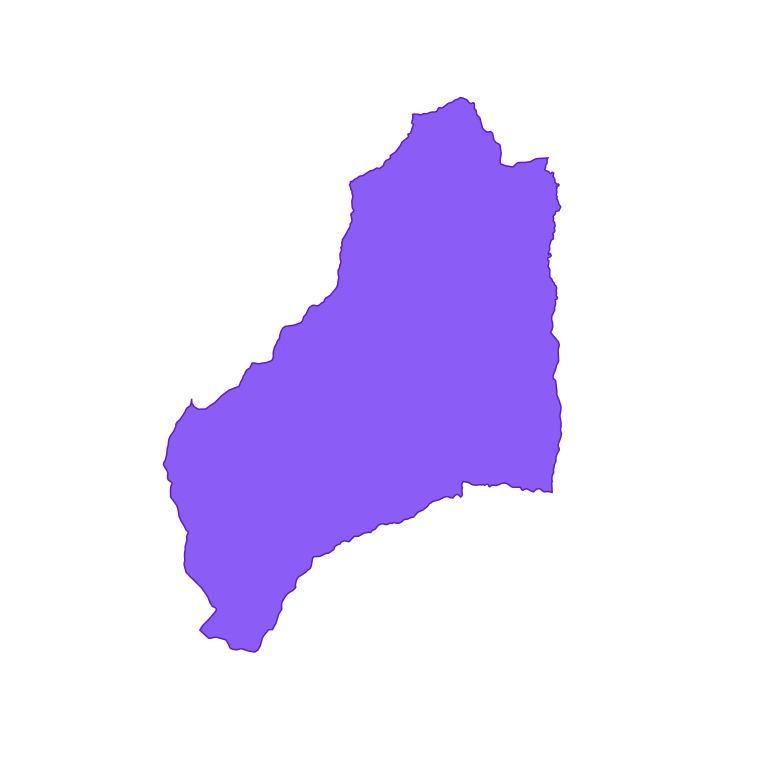 Cucutilla, Norte de Santander, Colombia (Natural Earth projection), rotated 16°
{"feature_id": "7082276B94948721354660", "entity_name": "Cucutilla", "entity_type": "district", "adm_level": 2, "iso_a3": "COL", "parent_name": "Colombia", "parent_adm1": "Norte de Santander", "projection": "natural_earth1", "projection_center": [-72.786, 7.499], "detail": "fine", "context": "isolated", "style": "filled", "palette": "violet", "viewbox_px": 768, "rotation_deg": 16, "n_neighbors": 0, "source": "geoboundaries", "source_scale": "gbopen_adm2", "svg_char_len": 6152}
<svg xmlns="http://www.w3.org/2000/svg" viewBox="0 0 768 768"><g transform="rotate(16 384 384)"><path d="M203.2,451.2L203.8,454.7L203.7,458.5L201.5,460.9L200.6,463.1L200.3,466.4L197.7,474.3L195.6,477.8L195.1,480.0L195.6,482.2L195.0,486.8L192.8,493.5L192.5,496.7L193.4,502.6L193.4,505.4L194.6,512.0L194.8,517.9L194.2,519.1L194.0,521.1L194.5,522.7L199.5,527.4L200.8,529.2L201.7,533.6L202.8,535.5L207.2,537.2L207.7,538.2L207.4,541.0L207.9,544.6L210.0,551.3L218.1,557.7L220.7,561.4L223.5,567.6L224.4,568.9L226.7,571.6L231.0,575.4L233.9,578.8L236.5,580.1L236.9,581.2L236.3,584.9L237.7,588.7L237.6,594.7L238.5,597.6L238.9,601.4L239.6,604.3L241.2,608.4L241.3,611.3L241.9,613.3L245.6,619.4L250.4,622.4L264.4,629.9L271.8,635.9L274.1,638.1L277.0,642.2L280.3,645.0L283.4,645.5L284.6,646.2L285.0,647.3L285.0,648.4L280.9,657.7L276.3,666.2L274.8,671.3L285.4,676.7L287.1,676.4L290.6,674.3L293.0,673.6L301.4,673.5L303.1,673.9L306.2,676.9L308.4,679.7L309.8,680.6L311.4,680.6L315.4,680.3L319.6,677.7L326.9,678.0L333.6,677.3L336.0,674.7L337.2,670.1L337.1,662.3L337.5,659.8L340.7,652.0L344.4,650.9L346.0,644.0L346.3,633.9L347.8,628.7L346.3,624.3L346.1,621.3L347.8,615.2L349.0,612.6L350.9,609.9L353.3,607.6L355.1,604.3L355.1,603.4L354.3,602.1L353.8,597.0L354.9,593.2L360.8,586.3L361.8,584.1L363.7,582.0L364.2,579.8L363.4,570.9L364.3,569.2L369.7,567.5L375.4,562.5L377.2,562.0L381.3,557.1L381.7,553.5L383.9,551.0L385.8,550.0L386.4,547.7L389.1,545.6L393.5,545.4L394.1,544.9L397.4,538.6L401.3,537.5L405.9,532.9L410.2,530.7L412.2,530.5L413.1,527.9L415.5,526.0L417.3,521.8L419.6,519.3L421.5,518.7L424.5,518.7L426.5,517.7L427.4,516.7L430.4,515.6L431.6,514.4L433.4,514.5L436.8,513.7L439.1,511.6L440.0,509.7L441.3,508.3L443.9,507.4L446.1,505.4L449.1,503.7L451.9,497.9L456.2,494.4L459.5,489.7L460.9,486.1L462.0,485.3L463.1,483.5L468.9,480.1L470.8,478.1L471.6,477.9L472.1,476.9L474.9,475.1L476.9,474.7L480.0,475.0L481.7,474.5L483.2,471.1L484.7,470.0L486.0,470.1L488.8,471.4L489.6,470.7L489.7,468.6L488.0,464.1L487.9,462.1L486.4,459.8L486.8,455.9L492.1,455.4L496.4,456.4L498.4,456.3L501.2,455.6L504.3,454.2L505.5,454.3L506.9,453.3L508.5,453.7L510.3,452.0L511.0,451.8L512.0,451.9L513.1,453.5L513.8,453.7L515.9,451.3L519.7,450.7L523.1,448.4L524.4,447.0L527.5,445.9L530.1,445.9L534.5,447.6L536.7,447.7L543.6,445.6L545.4,447.6L546.8,447.9L547.9,446.4L550.3,445.3L555.7,446.5L557.4,446.4L559.7,443.0L562.0,441.9L563.0,441.7L565.6,443.1L567.7,443.5L571.5,442.1L575.5,441.8L572.5,432.8L572.6,431.1L571.8,429.9L571.1,427.1L571.0,424.8L571.5,422.7L570.5,419.2L570.3,416.3L569.9,415.2L570.5,411.1L569.5,407.2L569.6,404.1L570.6,398.8L570.3,397.7L568.6,395.9L568.1,394.4L568.6,386.3L568.3,382.8L567.1,381.1L566.1,378.6L566.0,376.5L564.8,372.2L561.9,366.4L561.1,360.0L560.3,356.8L556.2,350.6L553.1,346.9L552.0,343.1L548.3,334.0L547.4,333.0L545.2,332.0L544.5,330.4L544.3,329.1L544.9,322.5L544.7,318.4L545.4,315.5L545.5,313.5L542.0,303.4L541.8,298.8L541.4,297.4L539.9,295.2L531.5,289.6L530.1,289.0L530.5,285.2L530.4,282.6L529.3,279.1L527.4,275.8L526.6,272.6L527.7,265.9L526.9,263.4L526.9,259.6L525.4,255.9L526.8,254.8L527.1,253.7L526.7,252.9L525.1,251.7L524.8,250.4L525.0,249.6L524.1,247.7L523.4,243.9L522.1,242.2L520.5,241.6L519.9,240.2L517.7,238.7L516.4,236.9L513.9,235.5L511.8,228.1L509.3,225.8L508.7,220.3L507.3,219.6L506.7,218.5L506.7,217.8L508.5,216.1L509.4,214.6L507.9,212.7L507.4,212.8L506.5,214.3L505.7,213.3L506.2,208.8L504.9,205.4L505.1,199.7L506.8,197.8L505.7,194.1L504.7,192.9L505.9,190.9L506.1,189.8L504.6,186.9L505.0,185.5L504.6,184.1L503.2,181.5L501.6,180.5L501.5,178.2L500.3,176.2L501.7,173.5L501.6,171.0L502.2,170.3L504.3,169.4L505.1,165.3L504.6,164.5L502.9,163.4L500.2,159.3L499.0,158.5L498.9,156.4L497.4,154.8L497.3,151.9L496.1,149.2L496.3,147.8L495.2,146.6L497.3,145.4L497.3,144.3L496.5,143.7L495.2,144.3L492.6,142.7L492.0,140.6L491.1,139.3L489.2,137.9L489.0,134.5L487.6,134.0L487.1,134.3L486.3,135.7L485.5,135.8L483.5,134.4L480.3,134.2L479.4,133.3L479.6,130.6L478.9,129.0L479.8,127.7L479.7,126.1L478.9,123.6L479.3,121.5L469.3,125.0L467.5,126.0L463.2,130.1L458.6,132.1L454.3,133.3L451.3,134.6L448.0,139.9L440.5,140.7L435.7,140.3L434.8,139.2L434.0,137.1L433.0,129.9L429.8,122.5L428.8,121.8L424.8,121.0L422.4,119.1L419.2,113.0L416.8,112.0L414.2,113.3L412.8,113.2L409.5,111.9L408.2,110.9L402.8,101.8L398.9,99.5L397.2,95.7L394.9,94.2L393.7,90.0L393.1,89.2L392.0,89.1L390.8,90.3L389.4,90.4L387.6,89.8L386.5,88.6L384.8,87.9L380.5,87.4L378.2,87.7L376.7,89.7L374.1,91.3L371.9,94.5L369.9,95.4L368.2,96.8L364.1,102.4L363.2,102.9L360.8,103.1L360.2,104.2L359.8,106.6L358.8,108.1L354.0,109.9L351.0,112.2L347.8,113.2L345.3,115.0L341.6,115.5L338.1,116.4L337.2,117.0L338.4,119.8L338.6,125.2L339.2,125.8L340.6,126.1L341.1,126.8L340.5,130.6L340.4,134.9L340.0,136.1L338.2,137.3L339.3,139.4L339.2,140.0L334.5,146.8L334.2,149.9L331.0,157.9L327.1,162.7L327.8,164.7L327.6,165.7L324.2,168.8L323.3,171.5L323.2,174.3L320.5,177.9L317.5,178.4L314.2,181.9L312.1,182.7L306.5,189.3L302.7,191.4L301.8,193.1L299.3,195.4L297.6,198.3L296.5,198.3L296.0,198.7L296.3,201.2L296.0,202.2L297.8,204.3L298.5,206.0L299.9,207.2L300.7,209.4L302.5,212.4L302.6,216.8L304.6,222.6L305.4,224.0L307.4,225.7L305.3,229.8L308.2,235.7L308.2,237.2L307.4,239.3L308.0,242.0L305.0,254.8L304.2,256.3L304.6,257.5L304.3,258.6L305.0,261.4L305.7,262.5L304.9,264.8L306.3,266.7L305.9,270.3L306.1,272.1L307.6,276.3L308.7,277.6L309.2,279.4L308.8,282.3L309.2,284.4L308.6,287.2L309.4,290.3L311.3,294.3L311.3,296.6L312.1,300.9L311.9,303.6L311.4,305.5L307.8,313.8L304.5,317.2L303.6,319.6L303.7,321.3L301.5,323.4L300.0,326.1L297.9,327.5L295.3,327.5L293.7,328.1L291.5,330.5L290.7,332.6L289.8,338.3L288.2,341.8L288.3,345.8L287.1,348.1L281.2,352.3L273.2,355.9L271.6,357.8L270.8,359.9L270.5,362.2L270.4,365.4L270.9,369.1L269.7,371.8L269.4,375.7L268.6,378.3L268.8,384.0L270.2,388.9L269.9,391.8L268.8,393.1L265.1,395.8L257.7,399.2L253.1,399.7L251.5,400.2L250.7,405.5L248.0,408.6L247.6,409.9L247.3,413.4L246.6,415.1L246.5,418.2L245.6,422.2L245.4,425.8L245.0,426.4L236.8,432.6L231.3,439.8L226.6,448.4L223.0,452.5L219.5,457.2L212.6,459.4L208.3,458.3L207.4,458.0L206.2,456.6L204.6,455.6L203.2,451.2Z" fill="#8b5cf6" stroke="#5b21b6" stroke-width="1.5"/></g></svg>